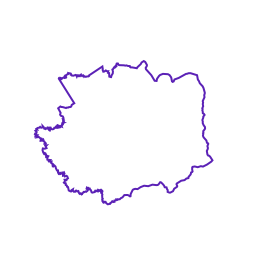 El Carmen De Chucuri, Santander, Colombia, rotated 331°
{"feature_id": "7082276B87147370357978", "entity_name": "El Carmen De Chucuri", "entity_type": "district", "adm_level": 2, "iso_a3": "COL", "parent_name": "Colombia", "parent_adm1": "Santander", "projection": "mercator", "projection_center": [-73.616, 6.671], "detail": "fine", "context": "isolated", "style": "outline", "palette": "violet", "viewbox_px": 256, "rotation_deg": 331, "n_neighbors": 0, "source": "geoboundaries", "source_scale": "gbopen_adm2", "svg_char_len": 5649}
<svg xmlns="http://www.w3.org/2000/svg" viewBox="0 0 256 256"><g transform="rotate(331 128 128)"><path d="M214.0,115.3L209.4,110.5L207.7,109.5L205.9,109.2L204.9,108.8L196.6,108.8L192.2,108.1L190.5,109.4L189.4,109.3L189.1,108.5L190.3,104.7L190.0,101.9L189.0,100.3L184.8,97.6L181.8,97.2L180.4,97.5L177.3,99.0L175.8,100.7L174.2,99.6L174.0,93.1L172.2,85.3L172.6,84.0L174.5,82.9L175.1,82.1L175.1,78.6L174.2,77.1L171.6,77.3L170.1,78.3L165.7,79.4L164.7,80.0L160.9,76.9L159.7,76.3L159.4,75.7L159.6,74.7L158.0,73.7L157.0,72.5L155.8,72.1L155.0,71.3L151.0,68.9L150.3,68.1L150.5,66.8L149.7,66.2L149.3,66.2L149.0,66.9L147.5,67.5L147.6,67.9L146.7,68.0L147.1,68.5L145.7,68.8L145.5,68.4L144.8,68.4L143.4,69.3L142.7,69.3L142.2,71.3L141.1,72.9L139.0,74.1L137.9,75.3L137.2,74.8L137.1,74.2L136.6,73.9L138.1,70.8L137.3,70.1L137.7,69.7L137.7,69.1L138.2,68.7L136.8,67.9L136.5,66.9L134.5,67.1L133.7,66.8L134.0,64.8L134.5,64.3L135.4,61.8L119.5,63.1L119.2,63.6L118.4,63.7L117.4,63.1L115.9,62.8L115.0,61.6L114.4,61.8L114.4,60.2L113.8,60.0L113.0,60.3L112.5,59.1L112.7,58.5L110.9,58.6L110.8,59.2L109.7,58.6L110.2,58.0L109.9,57.6L109.2,58.1L108.6,57.5L108.2,57.9L108.3,56.6L108.0,56.2L105.7,55.8L104.3,54.9L103.9,54.0L104.3,53.7L104.3,52.6L102.9,51.4L102.4,51.8L102.1,51.0L101.5,51.5L100.2,51.8L99.3,51.9L98.8,51.6L97.7,52.0L97.5,52.3L98.3,52.5L98.6,53.1L98.6,53.6L98.2,53.9L96.7,53.5L96.3,52.6L94.4,52.6L93.7,51.9L93.6,52.9L93.2,52.9L92.8,51.8L91.9,50.9L91.4,51.3L93.0,80.3L90.0,80.5L88.7,81.7L87.8,81.7L86.4,81.1L85.5,81.1L84.5,80.5L83.5,80.5L81.0,78.0L80.0,77.4L79.3,76.4L76.5,76.9L76.4,82.1L75.1,83.4L75.2,84.7L76.6,86.3L76.5,87.7L76.0,88.5L75.6,88.5L75.9,89.1L75.2,89.3L74.8,90.1L74.7,90.3L75.1,90.3L75.4,90.9L74.6,91.6L74.2,91.3L73.6,91.7L74.2,92.2L73.3,92.1L73.5,92.6L73.0,93.1L72.5,92.6L72.3,93.2L71.8,93.2L71.6,93.6L71.2,93.6L71.1,94.0L70.5,93.9L70.5,94.4L70.0,93.8L69.1,94.5L67.5,94.0L68.9,92.9L67.7,91.3L67.4,91.4L66.8,92.7L66.1,92.6L66.0,91.8L65.6,91.8L65.4,92.4L65.5,93.1L63.6,92.1L63.0,92.7L62.3,92.8L61.2,92.5L60.5,91.8L60.5,90.3L59.7,90.5L59.7,91.2L58.4,92.3L58.0,91.6L58.0,90.7L58.7,89.7L57.9,89.7L58.1,88.6L57.9,88.5L57.1,89.1L56.4,89.0L56.0,88.4L55.3,88.9L54.4,87.9L54.7,86.6L54.3,84.9L53.9,85.9L53.0,86.0L52.1,85.6L51.7,84.4L50.4,84.7L49.3,84.2L48.2,84.2L47.8,84.4L47.8,85.3L47.2,84.8L47.1,85.4L45.7,85.5L46.2,87.2L45.2,88.2L44.3,87.8L43.6,88.3L43.8,88.7L44.0,88.3L44.6,88.5L43.4,89.9L44.5,89.8L45.5,90.5L43.4,91.8L45.6,92.6L46.4,94.6L47.1,95.2L46.6,96.1L45.6,96.3L45.3,96.8L46.4,97.2L46.8,96.4L48.3,96.6L48.3,97.2L47.5,98.1L48.3,99.1L48.3,100.0L47.5,101.0L48.6,101.2L48.7,101.6L47.1,103.0L47.2,103.4L48.3,103.8L47.1,104.2L47.0,106.1L45.2,105.8L43.6,104.6L42.5,105.9L42.0,108.2L42.2,109.0L43.0,109.3L43.2,109.7L42.0,109.7L42.0,110.0L42.1,110.4L43.1,110.9L43.4,111.5L42.3,113.8L42.7,114.0L44.1,113.4L44.6,114.0L43.0,114.9L42.2,116.4L42.6,116.6L42.6,118.4L43.9,117.9L44.6,118.4L43.8,118.8L43.5,119.7L43.7,120.0L44.8,120.3L43.9,121.4L44.9,123.2L45.0,124.7L44.8,124.9L44.0,124.0L43.6,125.1L44.0,125.5L45.5,125.2L45.9,126.6L45.4,128.3L45.3,130.4L45.3,130.7L46.2,131.2L45.2,133.0L45.2,134.7L45.6,134.8L46.9,134.2L47.2,134.7L46.8,135.5L48.4,135.7L49.0,135.1L49.8,135.8L50.5,135.7L50.3,137.1L48.7,137.0L48.0,138.2L49.2,138.5L49.2,139.7L51.0,140.0L51.4,140.9L51.1,142.9L50.0,143.0L48.9,143.8L48.0,142.7L47.5,142.5L47.4,143.3L46.6,144.4L45.5,144.6L45.6,145.4L46.7,146.3L45.9,147.7L46.6,148.7L46.2,149.8L46.9,150.6L45.9,153.9L47.0,155.6L47.7,156.0L48.2,155.8L48.5,155.0L50.1,154.9L49.4,155.7L49.7,157.5L50.8,158.1L51.3,157.6L52.2,157.5L52.6,157.8L52.8,158.9L54.0,159.1L53.6,161.5L53.9,162.3L54.9,162.2L55.2,163.6L55.6,163.6L55.7,162.9L56.9,163.0L58.2,162.4L58.7,162.9L60.1,162.9L60.5,163.5L62.0,163.3L62.9,162.8L62.3,161.0L63.2,160.2L63.5,160.9L64.4,161.2L64.4,162.1L65.2,162.5L64.9,163.4L65.4,164.3L65.0,166.6L65.4,167.2L67.9,167.9L68.3,167.3L68.8,167.4L69.1,167.0L70.2,167.6L70.2,168.3L71.0,168.9L71.5,168.3L71.5,167.7L71.8,167.5L72.6,168.8L73.6,168.7L74.5,168.9L74.9,170.2L74.7,170.5L74.1,170.5L74.8,171.1L74.5,171.4L73.7,171.1L73.2,171.4L73.1,172.0L73.5,172.6L73.3,173.9L72.8,174.2L71.5,176.9L71.6,177.7L70.8,178.0L70.2,179.6L70.6,180.0L70.2,180.9L70.4,181.5L70.8,181.6L71.5,181.0L72.6,181.7L72.5,183.1L73.3,184.9L75.5,185.6L75.7,185.2L76.5,185.0L77.1,185.2L78.6,184.4L78.9,184.5L79.2,185.6L80.4,186.0L81.0,184.9L82.5,185.4L83.1,184.7L83.9,185.7L84.6,185.4L84.9,185.8L86.3,186.3L87.8,185.9L89.5,186.0L92.3,184.9L95.0,186.3L95.7,187.0L96.6,188.8L97.1,188.9L98.4,187.0L102.0,184.5L102.9,184.3L104.8,184.7L106.8,186.1L110.3,185.8L114.1,186.3L117.5,188.7L121.9,189.4L125.1,191.7L126.2,192.2L127.2,192.2L129.9,191.0L130.6,191.7L131.3,194.2L131.6,195.9L131.4,197.6L132.9,198.6L132.5,200.4L132.6,201.6L131.7,203.1L132.8,204.5L133.7,205.0L136.7,205.1L139.0,203.5L142.3,203.2L142.9,202.7L143.2,200.6L143.8,200.2L149.0,199.9L152.2,201.0L154.6,200.5L156.5,201.1L157.3,200.1L160.3,199.0L161.6,197.5L162.8,197.6L163.4,197.3L164.0,195.4L165.0,193.7L165.6,193.3L167.7,194.0L170.0,196.1L173.2,196.7L174.9,198.1L179.3,198.3L184.5,197.8L186.2,197.2L185.9,192.7L185.3,191.3L184.8,191.0L184.6,189.8L185.8,186.3L187.6,185.0L188.2,184.2L188.7,182.3L190.5,180.8L190.6,180.3L189.9,179.2L190.5,176.9L189.6,172.8L189.8,171.1L191.1,169.5L191.1,168.9L191.7,168.6L192.3,167.2L194.5,166.3L195.3,165.6L195.8,164.2L195.5,162.5L195.7,160.0L196.5,158.7L196.9,157.1L198.9,155.4L199.4,154.5L201.3,153.7L201.2,152.3L200.6,151.4L201.5,149.4L201.6,148.5L202.5,147.6L202.5,146.8L204.3,145.4L205.0,143.3L206.0,142.2L206.4,140.7L209.8,138.2L210.6,136.2L211.8,135.1L212.3,134.3L213.4,129.7L213.5,127.7L212.5,123.7L212.8,121.4L212.6,119.5L214.0,115.3Z" fill="none" stroke="#5b21b6" stroke-width="2"/></g></svg>